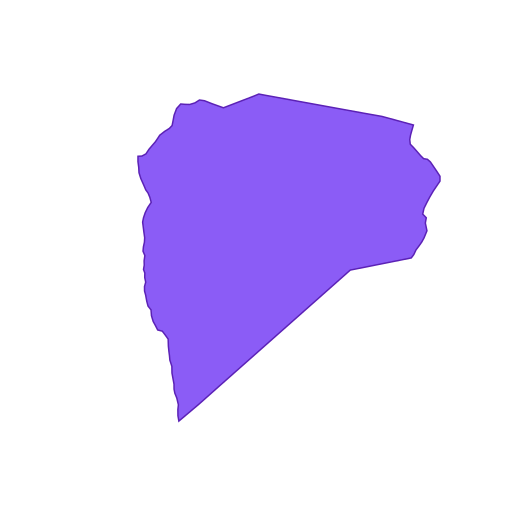 Candiba, Bahia, Brazil (Natural Earth projection), rotated 23°
{"feature_id": "56859067B67579783973677", "entity_name": "Candiba", "entity_type": "district", "adm_level": 2, "iso_a3": "BRA", "parent_name": "Brazil", "parent_adm1": "Bahia", "projection": "natural_earth1", "projection_center": [-42.851, -14.43], "detail": "fine", "context": "isolated", "style": "filled", "palette": "violet", "viewbox_px": 512, "rotation_deg": 23, "n_neighbors": 0, "source": "geoboundaries", "source_scale": "gbopen_adm2", "svg_char_len": 1551}
<svg xmlns="http://www.w3.org/2000/svg" viewBox="0 0 512 512"><g transform="rotate(23 256 256)"><path d="M400.7,193.0L400.9,187.8L402.0,183.5L403.1,178.5L403.6,173.7L403.5,166.0L399.0,159.5L397.8,154.3L393.1,152.3L392.0,146.5L392.4,139.7L392.9,133.9L393.8,126.9L394.8,121.8L396.1,115.2L394.2,110.7L389.6,107.6L385.1,104.7L379.8,101.3L376.0,100.0L372.3,100.9L368.3,99.3L363.6,97.0L358.6,94.6L354.3,92.8L352.0,88.7L351.0,84.2L350.4,79.6L349.7,73.9L317.4,78.3L309.1,80.2L298.7,82.6L200.9,104.6L195.3,105.8L191.8,109.4L168.1,132.3L156.0,133.0L147.9,133.2L143.0,134.5L140.0,138.9L135.8,142.4L131.5,144.1L127.3,145.5L125.3,151.3L125.6,158.4L126.9,164.3L127.8,168.7L126.4,172.4L123.2,177.0L120.2,182.4L119.5,186.4L118.7,190.4L117.3,194.7L115.8,199.5L114.8,205.0L111.9,208.6L108.4,210.3L110.5,215.3L113.5,220.4L115.8,225.1L119.7,229.7L125.4,235.0L128.7,238.2L131.9,240.1L135.3,243.4L138.6,247.6L137.4,253.7L137.1,259.3L137.5,264.7L138.4,269.1L143.4,277.7L146.4,282.7L147.9,286.9L148.8,291.6L150.1,295.7L153.5,299.0L154.9,304.2L156.7,308.1L157.7,312.3L160.3,315.1L162.0,319.3L164.7,323.2L165.3,327.7L167.1,331.8L169.7,335.1L173.1,340.3L176.2,344.3L180.4,346.6L183.1,351.8L186.9,356.4L190.7,359.4L194.4,362.5L199.1,361.8L203.0,364.0L207.6,366.8L210.6,373.3L213.2,378.0L215.2,381.4L217.4,385.5L221.7,390.5L224.4,396.6L227.3,401.0L230.6,406.0L232.6,410.6L234.9,414.0L238.6,417.7L242.7,423.3L244.1,427.9L246.6,433.6L249.5,438.1L261.4,414.6L273.1,389.9L324.4,282.3L348.3,232.1L399.7,197.1L400.7,193.0Z" fill="#8b5cf6" stroke="#5b21b6" stroke-width="1.5"/></g></svg>